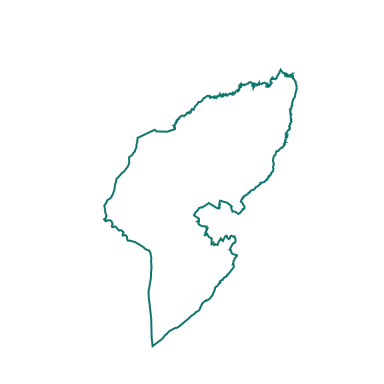 Moshi, Kilimanjaro, United Republic of Tanzania, rotated 211°
{"feature_id": "72390352B4446234130359", "entity_name": "Moshi", "entity_type": "district", "adm_level": 2, "iso_a3": "TZA", "parent_name": "United Republic of Tanzania", "parent_adm1": "Kilimanjaro", "projection": "equal_earth", "projection_center": [37.376, -3.37], "detail": "fine", "context": "isolated", "style": "outline", "palette": "teal", "viewbox_px": 384, "rotation_deg": 211, "n_neighbors": 0, "source": "geoboundaries", "source_scale": "gbopen_adm2", "svg_char_len": 6146}
<svg xmlns="http://www.w3.org/2000/svg" viewBox="0 0 384 384"><g transform="rotate(211 192 192)"><path d="M139.5,266.3L140.7,270.4L139.1,271.5L139.2,272.4L138.6,274.9L138.1,276.3L137.5,276.4L137.0,279.4L137.9,280.4L137.1,280.9L138.0,282.2L137.3,283.0L138.2,283.0L138.6,283.6L138.9,284.6L138.9,288.7L139.6,289.1L139.7,287.6L140.0,287.5L140.3,289.6L141.1,289.5L141.0,290.0L140.2,290.5L141.8,291.0L141.3,292.8L141.5,294.1L141.0,294.8L141.2,295.5L140.6,295.8L140.5,296.3L141.1,297.5L142.7,298.2L142.4,300.0L143.2,300.8L142.9,302.6L143.1,303.8L143.9,304.0L143.9,305.0L145.3,305.7L145.4,306.6L147.0,308.5L146.7,309.6L147.1,310.0L148.5,310.1L148.8,311.5L149.7,311.9L149.7,313.2L150.5,313.3L150.2,315.6L150.9,316.9L150.5,317.7L151.7,319.0L151.9,320.2L152.4,321.1L153.0,323.6L152.8,326.3L154.8,331.8L155.0,333.6L157.4,337.2L159.4,338.9L160.0,340.1L161.2,340.2L162.7,341.4L163.4,341.3L165.8,343.7L165.4,342.2L166.1,342.6L166.4,342.1L167.1,343.1L166.9,344.4L168.1,342.9L168.4,340.8L170.3,339.8L171.1,340.0L172.0,339.5L172.7,340.1L171.8,340.8L169.5,341.0L169.5,341.5L171.7,342.1L175.6,341.0L179.0,342.4L178.8,341.0L178.9,340.2L178.3,338.8L178.7,338.0L178.4,336.3L178.7,335.5L178.2,333.6L178.4,331.8L180.3,331.2L182.0,331.6L182.1,330.9L181.1,330.4L182.3,329.4L182.3,328.4L181.4,326.7L179.2,327.0L180.3,326.3L180.2,324.9L179.9,324.7L180.1,322.3L181.1,321.3L181.4,322.0L182.0,321.5L181.9,322.7L182.3,322.4L182.1,323.0L182.7,323.5L182.9,322.0L183.7,323.3L186.1,323.1L187.5,321.6L187.9,320.4L189.9,319.9L189.7,317.7L190.8,319.6L190.8,317.7L191.1,317.4L191.1,318.3L191.5,318.1L191.7,316.7L194.4,317.2L195.0,317.8L192.9,314.3L193.0,313.7L193.3,314.5L193.4,314.2L193.2,313.4L193.6,313.8L194.7,313.7L196.0,316.4L197.1,316.0L198.3,316.4L199.7,315.1L199.6,313.9L200.3,313.4L201.8,310.8L202.6,310.9L202.6,310.3L203.4,309.7L205.9,310.2L206.2,308.0L205.5,308.6L205.2,307.6L204.8,308.5L204.0,307.1L205.2,305.4L204.6,304.0L204.1,303.9L204.1,303.0L204.5,302.2L205.1,303.2L205.5,302.8L206.4,300.4L206.0,299.0L206.2,298.6L206.7,299.0L206.9,298.8L206.5,297.7L206.8,296.7L207.3,296.3L208.2,297.5L208.3,296.5L209.1,295.9L209.9,296.3L210.9,294.7L211.3,292.7L212.6,292.5L213.0,293.4L213.6,293.5L214.3,291.1L215.2,291.6L214.9,290.2L215.2,289.3L215.6,289.6L215.6,290.4L216.3,290.9L217.3,288.9L218.6,290.2L218.4,288.6L219.0,288.0L219.4,285.9L220.0,286.7L220.4,286.3L220.3,285.0L220.9,284.9L220.9,284.3L222.4,284.2L222.5,284.9L223.1,284.1L223.5,284.0L223.6,283.3L225.2,282.0L225.5,282.3L225.4,283.2L226.4,283.6L228.0,282.2L228.6,282.1L229.2,279.9L230.3,278.4L230.4,275.8L230.8,274.0L232.9,272.4L232.5,271.1L233.5,267.0L233.0,263.4L234.7,263.2L234.9,262.5L234.3,261.5L235.0,260.3L234.6,260.0L234.3,260.2L234.0,259.4L234.6,259.1L234.8,258.2L235.7,258.6L235.9,258.0L236.4,258.1L236.9,257.6L237.0,257.1L236.7,256.9L237.3,254.2L238.0,253.6L238.0,253.0L238.5,253.2L240.4,251.8L240.4,251.1L241.4,248.9L241.1,248.3L241.3,247.8L240.9,248.1L240.8,247.7L241.8,246.1L241.6,245.6L241.8,244.9L241.3,244.9L241.1,244.2L241.2,243.3L241.8,242.7L241.2,242.0L241.4,240.0L241.9,239.6L240.8,239.4L240.8,238.5L239.9,238.5L239.8,237.5L239.3,237.6L239.0,237.1L244.2,231.0L253.5,225.7L254.1,225.6L256.0,226.2L266.5,210.3L264.4,206.0L264.0,204.0L262.7,201.8L262.3,198.5L261.8,197.4L262.4,195.5L262.2,193.4L263.8,189.4L260.9,184.8L260.1,181.1L260.9,173.9L261.9,172.2L262.2,169.6L263.5,164.0L262.2,161.1L262.0,159.5L259.7,153.9L258.7,149.4L258.6,144.7L260.4,141.3L259.9,137.6L260.2,135.3L255.4,129.4L253.1,127.7L252.3,124.5L252.4,124.0L253.3,123.7L253.2,123.2L250.8,122.5L249.2,124.7L247.3,125.6L245.5,125.2L243.5,123.6L243.3,121.6L242.6,121.0L241.9,120.9L240.6,122.8L238.8,122.7L234.7,121.4L232.9,122.8L231.0,122.5L229.7,122.0L229.6,119.8L228.8,119.0L226.9,120.7L226.0,120.7L224.7,120.1L223.0,117.9L221.7,117.3L219.5,118.6L214.7,119.8L205.0,119.7L202.6,119.0L198.5,119.8L196.0,118.1L192.6,114.0L191.2,111.3L187.9,106.6L185.6,101.8L183.1,97.5L177.9,84.1L175.0,79.7L161.7,62.4L151.8,46.7L146.4,39.6L141.7,51.3L141.4,55.5L140.5,57.5L139.9,60.8L136.5,66.6L135.2,67.6L134.1,69.4L129.6,82.2L128.7,85.7L127.2,88.6L127.0,90.6L125.0,94.0L125.0,96.2L125.4,97.3L125.8,102.0L124.5,105.9L123.6,106.0L123.5,107.3L122.5,108.1L122.0,109.2L121.2,114.1L121.6,114.8L121.8,118.5L122.8,121.8L122.8,122.7L122.0,123.9L121.8,126.8L121.0,128.6L121.0,128.9L121.8,128.8L122.1,129.7L120.9,132.5L120.5,132.4L120.3,135.7L119.3,136.7L118.9,138.0L119.2,139.2L118.7,139.4L117.5,148.8L117.9,149.9L119.2,151.3L119.8,150.9L120.1,152.7L120.8,153.9L120.7,155.2L121.2,156.6L120.6,160.1L120.9,161.0L124.7,159.9L126.9,160.2L128.7,162.1L130.0,161.9L130.4,167.4L130.0,169.6L129.2,170.5L129.2,172.0L130.6,174.3L131.8,174.8L132.7,175.9L133.3,175.0L135.8,174.8L136.2,174.1L135.9,172.3L136.1,170.6L138.5,171.1L139.4,172.3L140.0,172.3L140.7,170.9L140.6,167.6L140.2,166.0L141.4,166.0L143.4,167.0L143.4,161.8L142.9,159.7L145.2,159.3L145.3,158.1L145.9,157.9L146.5,158.1L147.6,159.5L148.4,157.4L151.2,162.4L154.2,162.1L157.9,164.0L158.1,162.5L158.5,161.5L158.9,161.5L159.1,163.3L159.6,163.9L159.6,166.2L160.2,166.6L159.7,167.6L160.0,169.1L161.5,168.8L161.7,169.9L166.3,167.7L169.5,167.8L170.4,168.2L170.7,170.1L172.1,169.6L171.4,171.2L172.5,172.8L178.2,172.9L178.6,175.4L177.7,179.4L177.7,181.8L176.4,183.4L175.2,184.0L175.2,184.6L174.0,186.4L171.9,191.2L162.7,191.1L160.7,191.5L160.2,192.0L160.3,192.9L161.3,193.2L161.4,195.1L162.1,195.3L161.8,195.8L162.8,196.8L163.5,199.0L156.4,200.9L151.5,200.3L150.4,200.0L150.6,198.9L147.2,196.0L145.4,197.3L140.9,197.1L139.8,199.4L139.7,202.1L139.4,202.8L139.7,203.6L138.7,204.5L138.7,205.0L139.4,206.3L143.3,208.6L145.2,208.9L145.6,211.0L145.2,211.6L145.8,213.1L145.0,213.5L145.4,215.1L144.4,216.3L144.3,217.3L143.1,218.9L143.3,220.6L142.2,221.1L142.5,222.5L142.2,223.6L140.0,226.2L139.8,229.1L138.6,230.6L138.4,232.0L137.5,233.7L138.2,234.9L137.5,235.7L136.7,236.0L134.9,238.3L134.9,239.9L134.1,240.8L133.9,241.7L134.4,242.2L133.9,243.7L134.3,244.0L133.8,244.7L134.3,245.4L133.4,246.5L133.8,247.7L133.4,248.4L133.9,249.2L133.3,251.7L134.2,254.0L135.0,254.5L135.9,256.7L135.9,257.4L136.4,257.8L136.8,258.9L138.3,259.9L139.6,262.5L140.3,265.3L139.6,266.5L139.5,266.3Z" fill="none" stroke="#0f766e" stroke-width="2"/></g></svg>